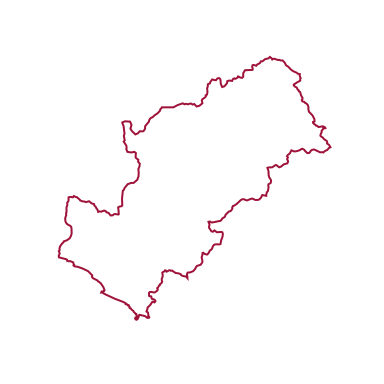 the district of Huaral, Lima, Peru, rotated 345°
{"feature_id": "86281439B90412746256760", "entity_name": "Huaral", "entity_type": "district", "adm_level": 2, "iso_a3": "PER", "parent_name": "Peru", "parent_adm1": "Lima", "projection": "orthographic", "projection_center": [-76.946, -11.358], "detail": "fine", "context": "isolated", "style": "outline", "palette": "rose", "viewbox_px": 384, "rotation_deg": 345, "n_neighbors": 0, "source": "geoboundaries", "source_scale": "gbopen_adm2", "svg_char_len": 6008}
<svg xmlns="http://www.w3.org/2000/svg" viewBox="0 0 384 384"><g transform="rotate(345 192 192)"><path d="M337.3,184.6L336.5,181.9L335.0,180.1L335.5,178.7L335.4,177.6L333.2,175.1L332.3,173.1L330.8,171.5L330.6,170.8L331.3,169.4L332.6,168.0L333.0,166.5L334.9,165.2L335.3,164.2L336.1,164.1L336.9,164.9L337.4,164.8L337.0,163.7L335.3,162.4L331.0,162.0L330.0,160.5L328.9,159.9L328.6,158.9L327.7,158.2L326.8,156.4L327.0,155.7L328.6,155.6L329.1,153.4L328.2,149.2L325.7,144.6L325.9,141.6L326.4,140.6L326.4,138.1L325.4,136.1L324.3,135.2L323.7,133.9L322.1,133.1L321.8,131.6L322.9,130.6L323.1,129.6L322.4,127.1L322.3,123.5L321.3,122.4L321.4,121.4L320.6,120.5L320.2,118.2L318.4,116.5L317.9,115.3L318.1,114.6L322.2,113.2L325.3,112.5L325.8,110.7L326.4,110.2L326.1,107.4L326.7,106.1L324.7,105.0L323.9,103.8L321.1,101.6L319.3,99.4L317.4,95.9L315.6,93.9L315.1,91.2L313.6,88.4L311.8,87.9L310.3,86.9L309.1,86.7L306.2,84.7L304.9,84.4L303.8,84.8L303.4,83.3L302.2,81.7L300.5,82.7L297.0,82.6L293.9,84.0L292.3,83.6L290.9,85.1L288.0,85.7L286.7,86.7L284.5,85.2L283.3,85.2L282.6,86.3L282.5,89.0L282.0,89.7L274.7,88.1L272.2,90.6L271.3,93.9L270.1,94.7L268.3,94.0L266.7,92.4L266.2,92.3L265.8,93.2L263.4,93.9L262.7,93.8L262.2,93.2L261.2,93.3L260.7,93.6L259.5,95.1L256.9,94.0L254.7,94.1L254.0,95.9L251.4,97.8L250.6,98.3L248.3,98.4L247.8,95.1L248.6,90.5L248.0,89.3L247.3,88.9L245.9,88.9L244.1,90.2L242.6,89.7L240.7,88.5L238.2,90.4L237.4,91.7L235.2,92.0L234.5,94.3L233.5,95.6L232.8,99.4L231.7,101.8L230.2,102.2L230.1,103.2L229.5,103.8L225.8,105.2L225.2,106.0L225.0,109.0L221.5,110.6L218.6,110.6L216.9,107.6L215.2,107.7L214.1,106.4L212.5,106.1L210.9,106.3L208.9,105.2L207.6,105.4L206.0,104.0L200.8,104.3L195.8,105.4L184.8,102.4L184.3,103.1L183.0,103.7L182.0,105.3L179.0,107.1L175.3,108.4L173.5,109.5L171.5,109.8L170.3,110.5L169.2,111.6L168.6,112.9L163.8,116.3L163.0,118.8L161.1,120.5L160.3,120.7L157.1,119.8L155.1,121.3L152.2,121.7L149.7,117.5L148.9,114.9L150.9,111.6L150.4,108.0L145.7,106.4L142.7,106.7L142.5,107.1L143.0,110.5L141.9,118.3L140.7,120.1L140.4,124.6L139.1,125.6L140.6,130.5L140.2,132.6L139.7,133.3L139.8,135.2L140.0,136.5L140.4,136.7L143.6,138.1L146.7,138.3L147.9,139.8L146.5,143.8L146.9,145.0L148.5,146.9L147.8,148.8L148.9,151.2L147.9,153.7L146.1,156.0L145.6,159.2L144.3,163.3L143.2,164.5L142.9,165.4L142.2,166.1L138.0,168.1L135.5,167.5L131.9,167.8L127.8,170.8L126.9,172.1L125.5,172.9L122.7,180.3L121.2,186.8L120.4,187.5L118.4,187.3L116.7,187.7L116.2,191.2L115.5,194.5L115.1,194.7L111.8,193.3L110.7,193.3L109.4,194.0L107.3,193.6L106.0,190.6L104.1,189.4L103.7,188.2L102.4,187.2L99.0,187.5L97.8,186.8L96.2,186.9L96.1,184.3L95.4,183.0L95.2,181.5L94.2,179.9L94.3,178.4L92.2,177.1L90.2,174.3L86.9,174.3L85.3,173.2L83.8,172.7L81.8,171.2L81.7,170.5L79.6,167.4L78.2,166.6L76.9,165.3L75.6,166.3L73.3,165.3L71.4,165.2L70.4,168.7L68.7,170.0L68.3,172.1L66.8,174.4L65.5,179.1L64.8,179.9L64.6,181.7L62.7,184.5L62.2,187.3L62.2,188.3L62.7,190.0L63.6,191.3L65.6,193.1L66.3,194.4L66.1,196.4L65.0,200.9L63.8,203.0L61.8,205.1L58.5,206.3L55.4,206.5L54.9,207.3L53.1,208.2L50.6,210.3L49.5,212.0L49.0,214.0L48.1,214.6L48.3,217.0L46.7,219.3L46.6,220.7L52.6,224.1L53.7,224.9L53.7,226.2L54.0,226.1L54.9,227.0L56.4,227.2L59.1,229.3L58.9,230.8L59.3,231.9L58.6,232.4L59.3,233.4L62.3,234.7L66.4,237.5L71.1,241.5L74.0,246.6L74.0,247.1L73.4,248.0L73.9,249.5L77.8,253.0L78.0,253.9L78.7,254.4L80.3,256.7L81.7,260.7L82.1,263.9L81.9,264.6L81.3,265.0L80.8,264.7L80.0,265.6L78.9,264.8L78.3,265.6L79.1,265.7L81.3,268.0L89.8,275.1L97.0,280.3L99.1,282.2L98.9,283.2L99.9,283.4L100.5,284.6L100.8,284.4L101.6,285.0L101.6,285.9L102.0,286.5L101.6,287.3L101.8,288.0L102.7,288.5L103.1,289.8L104.6,291.8L104.7,292.8L106.5,295.4L106.1,295.7L106.7,296.8L106.5,298.5L105.7,299.1L104.9,298.6L104.3,299.5L104.6,300.4L105.2,301.0L106.4,300.8L108.0,299.0L108.9,297.3L109.7,297.1L114.6,299.8L116.3,302.1L118.0,302.3L118.3,302.1L118.3,301.6L117.6,300.5L118.0,299.7L118.3,297.0L117.1,295.7L118.7,293.4L119.1,292.2L122.7,290.1L125.0,288.0L126.2,288.1L127.2,288.9L128.5,287.9L128.3,287.0L127.2,285.7L126.1,285.4L125.7,284.9L125.5,284.1L125.6,282.3L123.8,281.6L123.7,280.9L124.5,278.1L125.3,277.7L126.7,277.9L129.2,279.2L130.3,279.3L133.1,278.2L133.6,277.4L133.5,275.9L134.3,275.7L135.8,273.9L136.7,273.8L137.1,272.9L139.2,271.9L140.0,270.9L139.9,270.0L140.3,268.0L141.3,266.9L142.2,264.9L142.4,262.2L143.5,261.7L144.7,261.6L145.7,260.7L146.4,261.0L146.7,262.3L147.7,262.3L149.5,261.7L150.5,261.9L151.3,262.7L152.4,262.7L155.2,266.0L157.9,267.1L159.8,268.4L160.0,269.5L161.2,270.6L164.4,272.2L165.3,274.1L165.6,272.7L165.6,270.9L166.4,269.2L167.3,268.7L169.4,269.2L172.8,268.7L175.3,267.0L176.5,265.4L177.8,264.7L181.5,264.5L183.7,262.7L184.2,261.5L184.4,257.6L185.8,255.4L186.4,253.6L187.2,253.6L188.0,254.9L190.2,256.3L190.7,256.3L192.5,255.0L194.0,253.2L195.4,252.8L196.8,251.8L197.9,250.1L199.4,248.8L201.1,248.6L204.9,249.7L206.1,249.6L207.8,245.9L209.4,243.9L210.6,241.5L211.0,240.2L210.9,238.8L210.1,238.2L205.6,237.3L203.7,234.9L201.9,235.8L200.6,235.0L199.3,231.2L199.3,230.4L200.5,227.9L200.2,225.1L201.6,225.1L202.7,226.3L203.9,226.7L212.0,227.2L213.4,226.5L214.2,225.5L217.2,224.5L218.7,222.6L220.7,221.4L222.9,220.3L224.1,220.5L225.5,219.7L226.8,218.3L226.8,217.5L227.8,216.2L228.4,216.3L232.1,215.1L237.1,212.4L238.5,212.0L240.2,212.4L242.1,213.9L243.2,214.4L246.7,213.9L248.5,213.9L251.0,216.0L253.6,216.7L255.0,216.6L257.0,215.5L259.1,213.1L262.7,214.9L262.9,213.9L264.3,211.6L265.7,210.5L267.2,207.2L267.3,205.5L267.8,204.4L270.2,203.7L271.2,202.1L271.3,200.6L270.4,197.8L270.4,195.6L271.3,191.6L271.1,188.2L272.4,188.1L275.8,188.9L279.7,187.6L280.4,187.8L282.6,190.7L284.6,190.5L287.9,189.0L291.5,189.0L292.8,187.3L292.4,184.8L293.6,183.4L293.0,182.0L294.0,181.1L296.5,180.0L298.8,177.5L300.8,179.0L302.4,179.6L306.3,179.6L308.9,178.8L309.8,178.8L311.4,180.3L311.8,181.6L313.5,184.3L315.6,184.6L317.2,183.1L318.9,182.3L321.1,182.6L326.0,186.8L328.3,187.3L329.0,187.8L331.4,186.7L333.3,186.5L335.6,185.0L337.3,184.6Z" fill="none" stroke="#9f1239" stroke-width="2"/></g></svg>